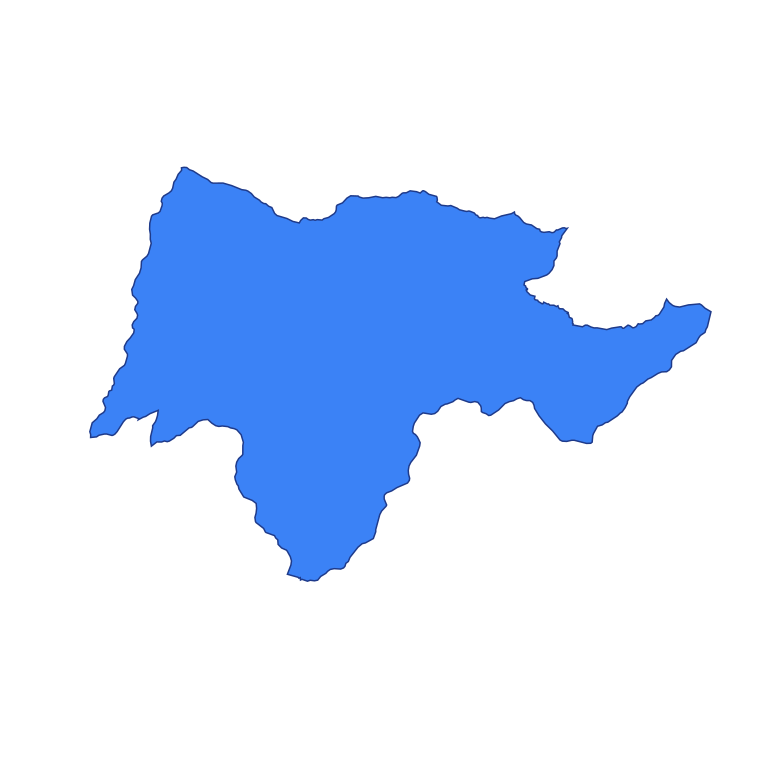 Susacón, Boyacá, Colombia (Albers equal-area conic projection), rotated 202°
{"feature_id": "7082276B12166433159462", "entity_name": "Susacón", "entity_type": "district", "adm_level": 2, "iso_a3": "COL", "parent_name": "Colombia", "parent_adm1": "Boyacá", "projection": "albers", "projection_center": [-72.721, 6.224], "detail": "fine", "context": "isolated", "style": "filled", "palette": "blue", "viewbox_px": 768, "rotation_deg": 202, "n_neighbors": 0, "source": "geoboundaries", "source_scale": "gbopen_adm2", "svg_char_len": 6171}
<svg xmlns="http://www.w3.org/2000/svg" viewBox="0 0 768 768"><g transform="rotate(202 384 384)"><path d="M659.3,439.6L656.8,435.5L654.9,430.6L652.5,427.2L651.2,416.7L651.7,413.7L654.4,408.6L654.8,406.8L652.7,400.6L652.2,395.1L653.7,387.6L653.0,381.4L653.3,377.2L650.4,372.2L646.5,370.6L643.2,368.4L642.5,366.6L643.5,362.8L642.9,359.5L639.4,356.9L638.2,355.5L637.7,352.4L639.4,348.1L639.6,344.4L638.1,341.8L636.6,341.4L635.9,340.6L635.2,337.6L636.5,331.9L638.3,327.1L638.8,321.7L637.8,319.0L633.1,315.7L632.3,313.7L631.5,306.2L631.7,304.0L634.8,299.1L636.8,289.7L636.7,288.0L634.2,283.4L634.3,281.6L635.1,280.4L634.2,276.3L636.0,274.7L636.3,273.8L635.5,270.1L635.7,268.8L637.9,266.5L638.5,264.7L638.1,262.7L633.4,257.9L632.8,254.7L633.4,252.5L636.3,248.5L637.2,244.2L640.0,238.7L638.9,229.6L637.0,227.2L636.0,224.5L630.7,227.3L629.1,229.7L624.6,232.8L622.5,233.7L616.9,234.4L615.8,235.3L614.7,236.8L613.6,239.9L611.5,251.3L610.3,254.6L609.0,256.2L607.1,257.2L605.2,259.1L603.6,259.9L598.4,260.0L598.4,258.8L594.9,263.0L592.8,264.7L589.9,268.8L583.5,275.0L582.2,270.0L581.8,265.9L581.8,263.4L582.9,258.7L582.0,256.6L580.7,247.9L579.1,243.6L576.4,239.2L572.9,245.2L568.5,246.9L566.2,248.9L563.4,249.3L561.7,250.6L558.5,255.0L557.1,258.4L553.7,260.1L548.3,270.3L546.2,271.7L545.5,272.7L542.3,279.7L538.3,283.0L534.0,285.1L529.0,283.2L524.4,282.3L521.2,282.8L518.2,284.5L512.7,286.0L509.9,285.8L506.1,286.5L503.3,286.4L497.5,283.5L492.5,277.2L491.8,274.0L488.6,266.0L488.8,264.7L490.8,260.4L491.3,256.4L490.6,252.4L487.6,247.1L487.6,242.1L485.9,239.4L482.7,235.9L481.1,235.1L479.1,232.2L471.7,226.7L462.6,226.7L457.8,225.4L455.5,220.9L454.2,216.3L453.7,211.9L451.6,208.3L450.7,207.6L441.5,205.0L438.6,202.4L437.7,202.1L428.7,202.4L426.8,200.7L424.1,199.7L422.1,195.6L417.5,193.6L412.2,193.4L411.0,192.7L406.2,188.8L403.5,185.3L402.5,181.3L402.3,171.4L391.3,172.6L390.1,172.1L389.1,173.1L388.0,171.0L386.9,172.2L381.1,172.5L378.9,174.4L374.7,175.5L372.0,177.3L370.6,181.9L367.0,186.7L366.1,189.2L364.4,191.9L361.1,194.1L354.8,196.2L352.6,198.3L351.9,200.3L352.2,203.4L350.6,206.1L350.6,210.5L347.0,222.9L344.4,227.8L341.7,229.7L336.0,236.7L336.3,243.9L337.1,245.8L339.0,261.3L338.6,265.4L336.3,271.4L336.2,272.8L340.7,277.4L341.7,279.7L342.0,281.5L340.8,284.1L336.8,287.8L333.2,292.8L325.1,301.0L324.4,304.1L324.9,306.2L327.4,309.5L329.1,312.9L330.1,317.4L329.8,321.3L327.3,330.1L327.7,339.9L328.5,343.1L330.9,345.4L333.3,347.5L335.9,348.9L338.3,349.3L339.8,350.7L341.0,355.7L341.2,359.1L339.4,368.4L337.0,371.8L328.8,373.7L325.9,375.6L324.0,378.8L322.8,384.5L319.6,388.3L318.1,389.1L313.5,393.4L312.0,396.0L310.0,398.4L298.8,398.9L296.6,399.4L293.3,401.7L290.1,402.2L286.2,400.0L284.9,398.3L283.4,394.9L282.0,394.5L278.1,394.7L275.1,394.0L273.3,395.1L268.0,402.8L264.5,411.2L261.2,414.6L257.6,417.1L255.2,420.1L252.4,422.4L248.9,421.7L245.8,422.0L242.4,423.3L239.2,422.6L236.9,420.4L235.2,417.7L228.2,412.5L219.4,407.5L210.0,403.6L199.8,398.0L197.3,397.8L193.1,399.2L188.8,402.2L186.5,403.1L173.9,404.8L170.1,406.5L169.2,408.1L171.1,414.3L171.2,416.6L170.2,424.8L166.4,427.8L164.1,431.2L162.2,432.4L155.7,441.9L154.1,445.6L152.8,447.3L151.6,452.3L151.2,457.3L151.8,459.1L151.4,464.2L148.5,475.9L145.8,480.4L144.1,482.1L141.2,487.4L138.6,490.1L133.9,496.5L131.1,499.2L126.5,501.3L124.7,504.0L123.9,507.6L126.2,513.6L124.6,520.7L121.2,525.5L118.8,527.0L110.1,539.2L109.5,544.8L108.8,547.5L105.7,552.1L106.0,555.1L105.6,558.1L107.9,573.5L114.7,574.5L119.2,576.2L121.4,576.5L131.5,571.3L138.7,566.1L143.2,565.0L145.8,565.0L150.1,566.3L153.8,568.6L154.0,563.8L153.3,560.2L154.9,551.6L155.8,550.1L157.5,549.1L158.3,546.8L160.2,543.5L164.9,540.6L166.8,536.8L169.6,535.3L170.9,535.1L171.7,531.7L173.3,529.9L174.4,529.3L177.9,530.1L179.8,530.0L182.6,525.5L183.5,525.1L185.4,525.9L186.5,525.5L193.9,521.1L197.8,517.9L207.4,515.9L210.2,514.7L213.4,514.4L217.6,514.7L219.5,513.9L221.4,511.4L231.0,509.5L231.1,510.6L232.1,511.0L232.3,512.2L233.8,514.7L234.5,515.2L237.1,515.2L239.1,517.9L240.3,518.1L239.8,518.8L240.0,519.3L243.2,519.5L246.2,520.7L249.6,519.5L251.2,520.6L252.0,521.7L253.2,520.4L255.9,520.7L259.8,519.2L261.4,519.9L262.4,519.4L266.6,519.7L266.6,518.1L267.4,517.6L271.8,518.3L272.9,519.2L275.4,518.7L276.5,519.4L276.9,521.9L281.7,521.3L286.2,523.2L287.3,524.3L287.4,524.8L286.4,525.2L286.6,526.0L288.5,526.6L289.4,527.9L291.3,528.3L291.9,531.7L285.9,537.1L280.9,539.6L273.9,546.1L272.5,548.4L271.0,553.0L270.8,557.4L272.5,561.7L271.4,565.4L271.5,567.6L273.3,572.1L273.4,580.1L274.7,581.4L274.2,586.2L274.7,588.0L272.4,597.0L273.2,596.4L275.3,596.4L277.1,595.5L280.6,591.9L281.9,591.4L283.0,588.8L284.0,587.7L285.3,587.2L287.8,587.1L292.5,584.5L295.0,584.0L296.6,584.4L297.7,585.8L300.5,585.3L306.8,586.7L312.0,585.7L315.0,586.1L320.5,589.1L322.8,589.9L325.2,590.0L326.6,590.8L327.5,592.3L329.7,589.6L337.9,583.9L343.4,578.6L348.1,577.4L350.9,577.1L352.7,575.9L354.5,575.7L357.2,574.0L359.0,574.2L360.4,575.3L362.0,575.1L364.4,576.4L368.5,576.4L370.1,576.2L371.9,575.0L373.6,574.6L379.3,573.8L381.9,574.4L388.9,574.5L391.4,573.0L397.8,571.2L403.4,572.7L403.4,574.5L404.9,577.1L405.7,577.6L413.5,576.7L417.6,577.9L419.7,578.0L420.6,577.5L422.0,574.6L425.9,574.5L432.1,572.9L435.0,569.6L437.8,568.4L438.7,567.5L440.8,563.3L442.7,561.3L446.4,560.2L448.3,558.9L451.9,557.9L455.0,556.2L461.9,554.9L468.0,550.9L473.1,548.5L477.0,548.1L478.3,548.6L485.4,546.0L488.0,542.5L490.3,536.4L494.4,532.4L494.7,531.1L493.5,527.4L493.4,525.4L494.0,523.3L497.9,517.6L501.6,514.8L502.8,512.8L507.5,511.4L509.2,510.0L511.1,509.9L513.8,508.3L516.1,508.2L518.2,508.8L521.0,507.8L522.5,504.5L522.9,501.6L529.4,500.6L536.0,501.1L546.3,500.1L549.3,501.2L554.1,505.6L557.6,505.6L561.1,506.9L563.1,506.3L566.1,506.7L568.4,507.8L574.4,508.8L578.3,510.9L582.5,511.9L584.6,511.9L588.7,510.9L599.6,510.9L608.5,510.0L617.7,506.2L619.8,506.0L624.1,507.6L630.2,508.0L640.8,510.0L644.7,509.8L648.0,510.8L650.6,510.0L652.8,508.6L651.7,506.3L653.4,501.3L653.5,496.0L654.4,492.5L653.3,486.4L653.5,483.5L655.0,480.6L658.7,475.8L659.4,473.2L659.0,470.0L657.3,468.6L656.6,466.4L656.3,460.1L657.3,458.1L661.8,454.2L662.4,452.5L661.4,445.5L659.3,439.6Z" fill="#3b82f6" stroke="#1e3a8a" stroke-width="1.5"/></g></svg>